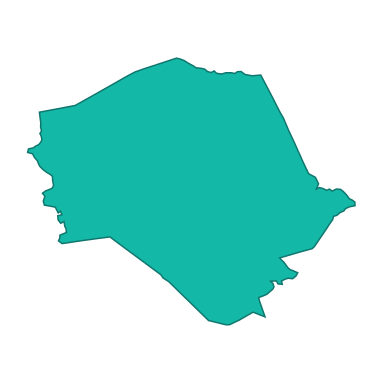 São Bento do Una, Pernambuco, Brazil, rotated 267°
{"feature_id": "56859067B23894909261081", "entity_name": "São Bento do Una", "entity_type": "district", "adm_level": 2, "iso_a3": "BRA", "parent_name": "Brazil", "parent_adm1": "Pernambuco", "projection": "robinson", "projection_center": [-36.461, -8.539], "detail": "fine", "context": "isolated", "style": "filled", "palette": "teal", "viewbox_px": 384, "rotation_deg": 267, "n_neighbors": 0, "source": "geoboundaries", "source_scale": "gbopen_adm2", "svg_char_len": 2049}
<svg xmlns="http://www.w3.org/2000/svg" viewBox="0 0 384 384"><g transform="rotate(267 192 192)"><path d="M150.2,56.1L147.3,59.5L147.7,64.3L148.5,72.4L149.4,82.0L149.9,88.3L150.3,92.9L151.4,107.8L147.7,112.1L112.7,154.5L110.9,156.6L107.7,158.6L103.7,164.1L62.8,201.8L60.0,211.1L58.2,216.9L57.5,219.8L57.6,222.9L59.3,226.8L61.7,232.7L68.8,246.6L63.5,258.4L78.9,253.9L83.1,253.0L84.5,257.6L86.0,261.5L88.5,264.7L90.7,267.5L92.9,268.9L96.3,268.1L98.8,265.8L98.8,271.6L95.7,273.1L95.1,277.3L98.4,276.7L99.8,279.7L100.9,283.6L100.1,287.8L102.6,291.4L105.8,293.4L108.1,288.9L109.3,286.0L111.2,283.9L117.1,280.1L119.1,278.1L121.6,276.1L126.2,295.6L128.0,303.9L129.1,309.0L131.0,311.3L148.1,324.3L151.7,326.9L157.0,331.0L160.3,332.1L161.1,335.4L163.7,338.8L165.2,342.7L167.4,344.5L168.9,348.3L169.8,354.1L173.4,354.1L175.6,351.5L177.1,348.7L179.7,347.1L182.0,345.4L184.7,343.0L186.9,340.4L187.4,336.3L185.6,332.0L187.7,329.3L186.6,326.6L188.5,323.3L189.8,319.6L188.5,316.4L193.5,318.8L200.2,316.0L204.2,309.4L209.5,307.2L219.1,303.3L222.2,302.2L227.9,299.9L235.0,297.2L249.3,291.4L261.2,287.1L266.4,284.4L273.2,281.3L280.3,278.2L305.2,266.8L304.9,258.2L306.5,251.3L309.8,247.2L309.7,243.5L308.1,241.1L309.0,237.6L309.3,232.0L308.3,227.9L309.2,222.8L311.8,220.4L310.3,217.5L311.4,213.9L313.9,211.3L314.8,208.7L315.4,205.4L315.9,202.4L317.6,200.3L320.8,195.1L323.7,191.0L325.4,187.2L326.5,183.6L317.4,150.0L316.0,145.3L314.9,141.5L312.1,135.4L309.8,130.6L307.3,125.7L289.4,89.8L284.5,79.8L279.7,43.8L268.4,44.6L265.0,44.2L260.8,44.9L258.4,43.2L255.0,44.5L251.8,44.8L249.5,43.4L247.3,41.4L246.2,38.6L244.4,35.9L243.6,31.0L240.1,29.9L238.5,34.8L234.9,36.4L231.2,39.2L227.9,40.3L225.5,41.4L222.3,44.3L219.3,47.8L216.9,51.4L214.8,53.5L211.3,53.4L205.5,54.1L202.9,52.3L200.8,46.0L198.6,42.6L195.5,44.9L190.7,43.0L186.6,43.9L185.4,49.2L184.0,54.7L178.1,57.3L179.7,59.6L176.1,60.9L175.3,56.7L171.2,56.8L167.6,59.3L169.2,62.6L164.3,63.2L161.8,64.3L158.1,64.4L157.0,61.2L155.8,57.8L152.9,57.6L150.2,56.1Z" fill="#14b8a6" stroke="#0f766e" stroke-width="1.5"/></g></svg>